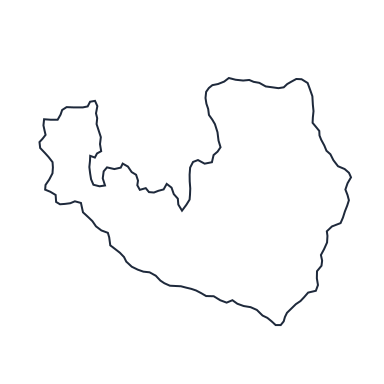 the district of Imbé de Minas, Minas Gerais, Brazil, rotated 96°
{"feature_id": "56859067B9633327681514", "entity_name": "Imbé de Minas", "entity_type": "district", "adm_level": 2, "iso_a3": "BRA", "parent_name": "Brazil", "parent_adm1": "Minas Gerais", "projection": "orthographic", "projection_center": [-41.974, -19.636], "detail": "fine", "context": "isolated", "style": "outline", "palette": "slate", "viewbox_px": 384, "rotation_deg": 96, "n_neighbors": 0, "source": "geoboundaries", "source_scale": "gbopen_adm2", "svg_char_len": 2525}
<svg xmlns="http://www.w3.org/2000/svg" viewBox="0 0 384 384"><g transform="rotate(96 192 192)"><path d="M294.0,167.1L293.4,159.5L296.7,152.6L298.4,146.0L295.4,140.5L298.4,135.2L300.0,128.7L300.4,121.7L302.5,115.2L307.5,108.9L309.3,103.9L312.3,99.3L315.6,94.9L315.1,89.9L311.1,87.3L306.6,86.5L302.2,84.9L297.4,80.9L292.7,77.0L289.1,72.7L284.9,69.5L279.9,66.0L277.3,58.5L271.4,57.0L264.8,58.8L257.7,59.4L251.8,55.5L246.7,55.4L241.2,57.2L235.1,54.7L228.1,52.4L221.5,52.7L217.0,53.8L211.6,49.2L207.4,41.0L201.7,39.2L195.3,37.9L189.2,36.2L183.8,35.1L178.8,37.0L173.5,39.7L167.0,38.2L160.8,35.4L156.5,37.9L153.2,42.6L151.1,49.5L145.6,54.7L140.0,58.3L136.9,62.6L131.9,65.3L126.5,69.0L122.5,71.1L118.0,71.8L114.5,75.3L110.6,79.3L105.2,79.6L98.9,79.6L92.7,80.9L84.2,82.3L77.6,85.4L71.5,88.4L68.4,94.8L68.7,100.1L72.0,104.9L74.7,108.6L78.3,111.7L79.7,116.9L79.5,122.5L79.3,129.7L76.4,136.5L76.0,142.2L74.6,146.8L75.8,152.8L75.8,160.3L74.8,167.3L78.8,171.5L81.9,177.4L83.6,182.9L86.8,186.1L90.9,188.4L97.1,188.4L102.7,186.9L107.7,184.6L113.6,183.2L117.9,179.4L122.1,176.3L129.9,172.9L138.1,171.0L144.5,168.3L149.2,170.8L153.0,174.4L160.3,175.3L162.5,182.4L159.6,189.4L162.0,194.1L167.9,196.4L175.0,196.2L181.6,195.4L188.7,194.1L195.1,193.7L199.8,193.6L205.2,196.2L211.6,200.0L205.9,204.3L200.1,205.4L196.0,209.9L189.8,212.8L186.6,218.0L192.4,220.5L194.3,225.5L196.5,229.8L196.6,234.8L193.0,238.4L195.3,244.1L191.0,247.1L186.3,246.9L180.7,249.4L178.5,254.1L173.4,258.4L171.0,263.9L175.2,265.4L177.3,271.6L176.4,279.1L180.7,282.0L187.7,282.2L194.6,279.2L196.0,284.5L195.1,290.8L189.9,293.7L184.4,295.2L177.9,296.7L171.7,296.7L166.7,297.0L167.9,292.2L163.6,290.5L160.9,286.6L154.0,288.5L147.0,288.4L140.7,291.2L134.4,294.0L128.5,294.0L123.8,295.7L116.5,295.1L111.5,298.0L112.9,302.8L117.8,304.7L119.3,309.5L120.2,318.0L120.7,325.6L124.0,329.7L128.8,330.8L134.2,333.2L134.9,340.1L135.1,346.7L141.3,346.7L146.2,345.1L150.5,343.6L154.7,346.2L158.3,348.9L164.1,347.6L168.6,342.3L172.2,338.3L176.9,333.8L182.1,332.9L188.0,332.7L194.6,335.3L200.3,338.4L205.0,338.3L206.6,332.9L209.2,327.3L216.1,326.1L218.0,322.0L217.1,317.0L215.9,311.9L213.5,307.5L214.5,301.3L223.6,298.3L227.9,292.5L231.4,288.0L236.2,283.9L239.7,278.1L241.4,271.4L245.8,269.6L253.6,267.7L257.0,262.1L260.0,257.3L263.8,252.8L268.1,250.1L272.6,244.1L274.9,237.8L276.3,232.0L276.3,225.8L279.1,219.2L283.4,214.2L285.6,210.0L287.5,204.2L287.2,198.4L286.9,193.2L287.7,188.0L288.4,182.6L289.5,177.7L291.5,172.6L294.0,167.1Z" fill="none" stroke="#1e293b" stroke-width="2"/></g></svg>